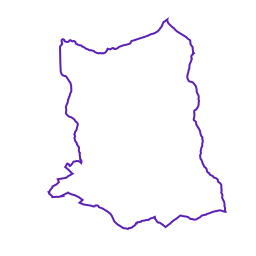 Berbesti, Vâlcea, Romania, rotated 353°
{"feature_id": "2599482B91990864320571", "entity_name": "Berbesti", "entity_type": "district", "adm_level": 2, "iso_a3": "ROU", "parent_name": "Romania", "parent_adm1": "Vâlcea", "projection": "orthographic", "projection_center": [23.88, 44.99], "detail": "fine", "context": "isolated", "style": "outline", "palette": "violet", "viewbox_px": 256, "rotation_deg": 353, "n_neighbors": 0, "source": "geoboundaries", "source_scale": "gbopen_adm2", "svg_char_len": 5772}
<svg xmlns="http://www.w3.org/2000/svg" viewBox="0 0 256 256"><g transform="rotate(353 128 128)"><path d="M214.6,223.0L214.3,221.7L214.5,218.8L214.2,217.1L214.5,215.7L214.5,214.2L214.3,212.8L213.0,209.0L212.9,208.5L213.3,207.4L213.5,206.0L213.4,205.3L213.2,204.6L212.8,204.0L212.7,203.2L213.1,202.4L213.3,201.7L213.3,201.4L213.1,200.7L213.5,199.9L213.5,199.6L213.3,198.6L213.6,197.0L213.6,195.7L212.6,193.9L211.0,192.5L210.8,191.9L210.8,190.1L210.6,189.9L209.0,188.4L207.0,187.5L206.5,186.3L205.8,185.7L204.7,185.1L203.7,184.3L203.2,183.5L203.1,182.7L202.3,182.3L201.2,180.9L201.0,178.7L200.9,178.0L200.3,177.1L198.9,175.5L198.6,174.1L198.0,173.0L197.9,172.5L197.0,168.4L196.4,167.8L196.2,167.0L196.2,164.0L196.5,163.4L197.2,162.3L197.3,161.8L197.3,160.1L197.5,159.2L198.1,157.8L198.3,156.7L198.8,155.9L199.4,155.1L199.6,154.4L199.7,152.7L200.6,150.5L200.8,149.5L200.5,148.7L200.4,147.6L200.7,146.5L200.6,146.1L200.3,145.5L199.7,144.7L199.4,143.7L199.3,142.3L199.1,141.2L199.2,140.4L199.2,139.8L198.7,138.8L198.2,137.0L198.0,136.6L197.6,136.2L197.0,134.5L196.2,132.8L196.2,130.7L196.0,130.1L195.7,129.6L194.4,128.3L194.2,127.7L194.3,127.3L195.3,124.5L195.7,121.5L195.5,120.7L195.7,119.6L196.0,118.9L196.4,118.5L197.9,118.0L199.1,116.7L200.2,115.2L200.7,114.2L201.1,112.6L201.2,111.4L201.8,109.7L201.5,108.1L202.0,105.5L202.0,104.7L201.8,104.0L201.3,102.9L200.7,100.9L200.6,99.8L200.8,98.3L200.7,96.4L200.2,94.3L199.2,92.7L199.1,92.3L198.0,90.8L197.6,90.4L195.5,89.6L194.7,89.2L194.0,88.7L193.2,86.4L193.0,84.9L193.6,82.3L194.1,81.5L194.8,79.6L195.0,78.4L195.7,77.3L196.0,76.5L196.5,74.6L196.6,73.3L196.7,72.7L197.8,71.0L198.1,70.3L198.9,69.1L199.3,68.0L199.8,67.1L199.6,66.9L199.5,65.1L199.7,64.9L199.8,64.0L200.1,63.5L201.3,63.0L201.5,62.6L202.1,62.1L202.1,61.8L202.5,61.7L202.3,61.4L201.8,61.6L201.6,61.4L202.0,59.7L201.8,58.4L202.0,55.7L201.9,55.3L201.0,54.0L200.8,53.3L200.3,52.5L200.3,51.2L200.4,50.7L200.3,49.9L200.4,49.0L200.3,48.5L198.0,46.4L197.0,45.0L188.4,38.1L186.6,36.0L185.8,34.5L185.1,34.1L184.2,33.0L183.4,32.2L183.0,31.6L182.2,30.8L181.0,29.1L180.5,28.2L180.2,26.8L180.3,26.4L180.0,25.6L180.2,25.1L178.4,26.1L177.5,26.8L176.4,27.0L175.4,28.4L174.1,30.9L173.8,31.4L173.2,31.9L172.6,32.4L172.2,33.0L170.5,34.7L169.0,35.8L165.8,37.2L163.5,37.6L162.4,37.6L159.6,38.6L157.3,39.2L142.0,42.2L140.9,43.8L140.2,44.5L136.8,45.1L133.4,45.4L129.0,46.4L127.8,47.3L125.5,48.1L123.8,47.8L123.4,46.9L123.1,46.9L122.0,46.9L119.9,47.8L118.3,47.2L117.5,46.8L117.2,47.1L116.9,48.0L116.2,48.7L115.4,49.8L113.9,50.6L112.6,50.9L111.7,50.6L110.8,50.8L109.4,50.1L108.1,50.3L106.9,50.0L104.5,48.7L103.8,47.8L103.0,47.2L100.4,46.2L99.8,46.3L98.8,45.9L98.2,45.3L95.6,43.9L94.1,42.3L93.5,42.1L92.2,41.3L91.7,40.4L90.4,40.1L88.6,39.4L87.8,38.6L86.8,38.2L86.4,37.3L86.4,36.3L85.1,35.1L84.8,35.0L83.3,35.2L82.9,35.0L81.7,33.9L81.3,33.7L80.7,34.0L79.9,34.8L79.3,35.1L78.1,35.2L76.4,34.6L75.7,34.1L75.4,33.7L75.5,32.9L75.0,32.3L73.9,31.9L73.0,32.5L72.7,33.2L72.6,33.6L73.0,36.6L72.8,36.8L72.3,37.0L72.1,37.5L70.8,38.5L70.4,39.2L68.7,55.9L68.1,63.9L68.6,66.0L69.3,67.5L71.2,68.6L71.9,68.7L72.5,69.0L73.5,70.4L74.3,72.2L74.8,73.1L75.0,74.0L75.9,75.2L76.2,75.7L76.4,77.1L76.8,78.6L76.7,79.1L76.3,84.4L75.4,85.9L74.6,87.3L74.0,89.1L73.2,90.1L72.7,91.5L72.0,92.4L71.8,93.6L70.9,96.0L69.0,99.1L68.8,99.9L69.0,101.4L68.8,103.6L68.3,104.7L68.3,106.1L68.6,106.7L70.2,108.9L71.5,109.8L72.6,110.2L75.6,112.7L75.9,113.2L76.4,114.4L77.1,115.5L78.2,116.5L78.6,117.5L78.6,118.0L78.5,118.7L78.0,120.2L77.1,122.1L76.9,123.2L76.0,124.5L75.1,125.2L74.7,126.5L73.9,127.7L74.1,128.1L74.5,129.7L74.3,130.3L73.8,130.9L73.7,131.7L73.8,132.9L74.0,133.7L74.0,134.6L74.4,135.2L75.1,136.0L75.2,136.9L75.4,137.6L75.3,138.2L75.8,138.9L76.3,140.3L76.8,140.7L76.9,141.0L76.9,142.0L76.5,143.7L76.5,145.3L76.6,145.9L77.2,146.8L76.9,147.5L76.9,148.7L76.7,149.5L76.9,150.6L76.8,151.6L76.9,152.1L76.6,152.8L77.7,154.5L77.7,155.6L77.5,156.7L77.3,157.1L75.9,155.5L75.1,154.9L73.0,154.5L71.5,154.8L70.0,154.7L69.7,154.9L68.1,156.8L66.6,158.2L65.7,158.7L65.4,158.5L65.3,157.5L65.2,157.1L63.7,155.9L63.2,156.1L62.6,156.8L62.6,157.1L62.4,157.3L60.9,159.1L64.0,162.3L66.9,166.2L67.4,166.6L62.8,168.5L60.4,169.9L52.0,170.3L52.8,173.2L50.2,175.2L45.9,176.9L45.6,177.8L43.4,180.0L42.3,181.4L41.4,181.8L42.0,182.5L41.7,183.4L44.5,186.5L44.5,187.4L49.2,187.6L49.6,187.8L50.4,188.0L52.5,187.6L52.8,187.6L52.9,187.8L55.1,187.6L54.5,187.0L60.7,184.8L61.7,185.8L62.8,186.3L63.7,186.9L67.0,188.2L68.4,189.2L69.8,190.0L71.0,190.9L74.2,193.9L70.8,196.3L73.9,198.1L75.4,198.7L80.9,200.3L82.4,200.8L83.9,201.6L85.3,201.7L85.6,201.2L86.4,201.0L87.6,201.0L88.3,201.2L89.1,201.9L89.5,203.0L93.1,204.9L93.7,205.4L97.8,208.7L100.1,211.2L100.9,212.5L101.5,214.1L103.1,219.2L104.0,220.3L106.5,223.1L107.5,223.6L108.3,224.4L109.7,225.5L110.8,226.6L111.4,226.7L112.4,227.2L113.5,227.3L115.6,228.2L116.3,227.7L117.0,227.4L117.3,227.4L118.0,227.6L118.7,227.3L119.4,227.3L120.3,227.0L121.1,226.3L122.0,226.0L123.1,225.3L124.0,224.3L124.5,223.4L125.1,223.7L125.7,222.7L127.4,222.8L128.5,222.6L129.2,222.7L130.3,221.9L130.7,221.8L132.7,222.0L134.0,221.7L135.8,221.5L137.0,221.8L137.5,221.6L138.3,220.9L139.2,220.6L140.1,220.4L141.7,220.3L142.4,219.9L143.8,219.5L143.8,221.0L144.0,221.8L144.7,222.8L145.1,223.9L146.0,225.1L146.6,225.6L147.7,225.7L148.1,226.0L150.8,228.4L153.2,230.9L155.8,229.3L158.7,227.7L159.2,227.1L161.8,225.4L165.2,223.8L168.8,221.5L169.5,221.3L170.5,221.6L171.6,222.2L172.6,222.3L173.7,222.7L175.6,223.2L177.0,223.9L178.8,225.9L181.1,226.3L182.3,227.0L183.3,227.1L185.1,226.9L186.1,226.3L188.6,225.4L190.0,224.3L190.4,224.1L192.3,223.6L195.1,223.5L195.8,222.9L197.0,222.8L202.8,221.4L206.5,221.2L208.0,220.9L209.6,221.0L210.6,221.3L211.9,222.1L212.7,222.3L213.4,222.8L214.6,223.0Z" fill="none" stroke="#5b21b6" stroke-width="2"/></g></svg>